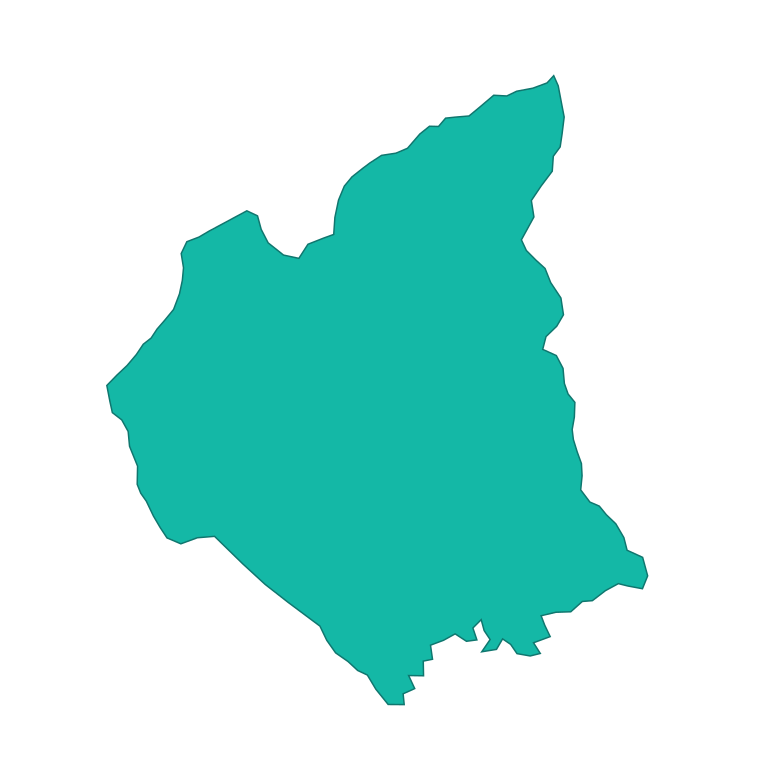 the district of Elias Fausto, São Paulo, Brazil, rotated 184°
{"feature_id": "56859067B16325589227677", "entity_name": "Elias Fausto", "entity_type": "district", "adm_level": 2, "iso_a3": "BRA", "parent_name": "Brazil", "parent_adm1": "São Paulo", "projection": "robinson", "projection_center": [-47.38, -23.077], "detail": "fine", "context": "isolated", "style": "filled", "palette": "teal", "viewbox_px": 768, "rotation_deg": 184, "n_neighbors": 0, "source": "geoboundaries", "source_scale": "gbopen_adm2", "svg_char_len": 1950}
<svg xmlns="http://www.w3.org/2000/svg" viewBox="0 0 768 768"><g transform="rotate(184 384 384)"><path d="M209.8,465.6L213.5,482.1L224.8,496.8L231.4,510.5L241.0,518.1L251.3,527.1L257.0,537.4L246.1,561.1L249.8,577.3L241.0,592.6L231.0,608.0L231.0,623.0L224.8,632.8L223.8,645.8L222.9,662.9L226.8,677.6L231.0,693.6L236.2,703.4L242.4,695.7L256.1,689.5L272.1,685.3L281.6,679.9L294.7,679.7L308.0,666.7L317.9,657.3L331.5,655.2L341.1,653.5L347.6,644.7L356.6,644.3L365.6,636.0L377.0,620.8L388.2,615.1L402.4,611.9L413.3,603.7L420.1,597.8L430.4,588.4L437.4,578.6L442.2,564.3L444.6,546.8L444.6,529.7L454.3,525.4L469.6,518.1L477.7,503.4L493.2,505.6L509.4,516.7L517.3,529.7L521.9,542.9L532.9,547.2L569.2,524.3L578.8,517.7L590.6,512.2L595.4,500.0L592.1,485.9L592.4,473.3L594.3,459.7L599.1,443.7L607.2,432.3L614.2,423.0L619.5,413.6L626.9,406.9L633.1,396.1L641.6,384.5L651.0,374.3L660.4,363.2L656.3,347.8L653.0,336.5L643.1,329.9L635.9,318.8L633.5,304.1L624.1,284.9L623.2,266.7L619.0,258.0L612.9,250.5L604.8,236.2L597.2,225.1L589.7,215.3L575.5,210.4L559.5,217.6L542.4,220.2L512.2,194.6L488.6,175.8L464.3,159.4L431.0,138.0L423.2,124.3L413.5,112.4L400.6,104.7L390.3,96.4L380.3,92.5L370.8,78.9L357.5,64.6L341.5,65.6L343.3,76.3L332.1,82.3L339.1,94.9L324.2,95.7L325.5,110.3L316.4,112.8L319.4,126.7L306.7,132.5L295.6,139.7L283.8,133.1L273.5,135.2L278.3,146.8L270.6,155.7L266.9,145.0L260.3,136.5L267.8,123.7L253.3,127.1L247.9,138.0L239.5,133.1L232.5,124.3L219.2,122.9L209.3,126.1L216.8,136.3L200.6,143.6L206.9,154.7L211.1,163.8L196.6,168.3L181.8,169.8L171.0,180.9L161.0,182.4L148.7,193.3L136.3,201.2L126.6,199.5L111.9,197.8L107.6,211.0L113.9,229.1L129.9,235.1L134.0,247.5L143.0,260.7L153.1,269.1L160.7,277.2L170.4,280.6L180.4,292.1L180.0,306.2L181.5,318.4L186.6,329.9L191.2,341.8L193.1,351.7L191.8,364.3L192.3,379.0L199.7,386.9L204.1,397.1L206.5,412.1L214.1,424.4L228.1,429.6L225.7,442.6L215.7,453.7L209.8,465.6Z" fill="#14b8a6" stroke="#0f766e" stroke-width="1.5"/></g></svg>